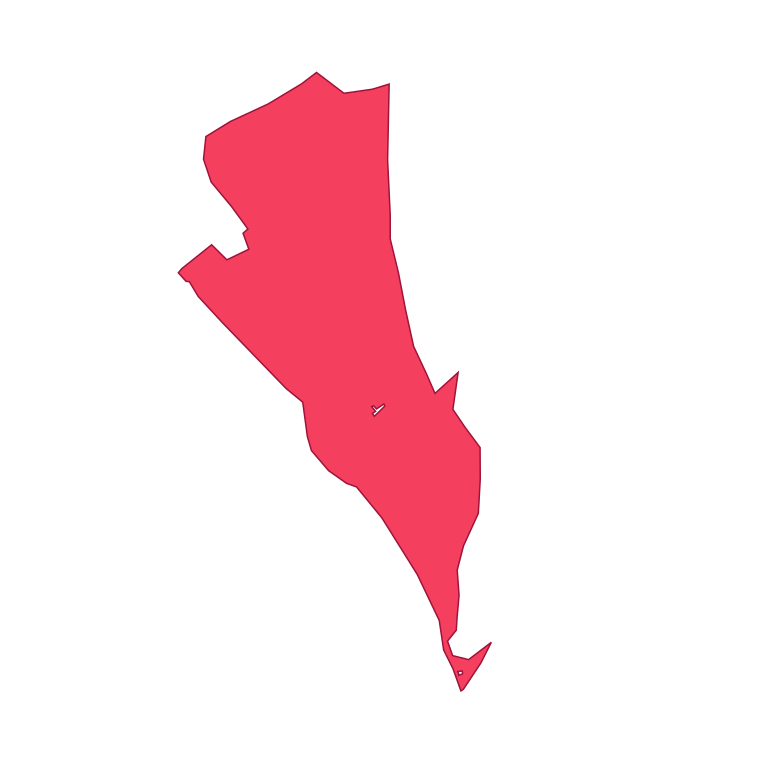 the district of Khavas, Sirdaryo, Uzbekistan, rotated 64°
{"feature_id": "79887680B15135305398470", "entity_name": "Khavas", "entity_type": "district", "adm_level": 2, "iso_a3": "UZB", "parent_name": "Uzbekistan", "parent_adm1": "Sirdaryo", "projection": "equal_earth", "projection_center": [68.817, 40.265], "detail": "fine", "context": "isolated", "style": "filled", "palette": "rose", "viewbox_px": 768, "rotation_deg": 64, "n_neighbors": 0, "source": "geoboundaries", "source_scale": "gbopen_adm2", "svg_char_len": 1127}
<svg xmlns="http://www.w3.org/2000/svg" viewBox="0 0 768 768"><g transform="rotate(64 384 384)"><path d="M193.9,520.1L205.0,516.9L206.7,514.1L224.0,512.6L239.5,507.9L259.4,501.9L345.3,473.9L364.7,465.0L397.6,475.9L412.0,478.4L437.6,471.8L456.9,461.2L464.5,453.8L503.4,444.6L551.6,439.5L570.0,437.6L595.2,437.8L620.8,438.0L649.2,447.0L670.1,446.8L693.4,449.4L693.6,449.4L693.2,446.5L677.2,419.2L663.2,400.8L668.8,428.8L658.2,441.4L642.9,439.6L637.0,427.0L625.3,420.3L606.9,409.2L583.4,399.8L564.3,383.5L541.6,355.9L511.5,339.1L483.2,325.5L458.1,330.2L437.0,333.2L406.1,312.3L414.8,342.3L393.9,341.4L363.2,340.9L327.2,332.2L290.1,322.2L256.3,314.8L235.2,304.5L183.9,282.4L116.7,247.9L113.9,265.4L105.1,292.6L74.4,308.1L78.1,326.7L81.5,365.4L80.7,407.0L83.5,435.6L102.9,447.7L126.7,450.8L157.9,443.2L185.0,438.4L186.7,444.6L203.6,446.4L203.5,470.8L183.3,477.9L191.6,515.0L193.9,520.1ZM404.2,393.0L408.8,406.8L405.4,407.3L404.9,403.5L398.9,405.0L399.1,402.8L403.2,401.6L401.9,392.9L404.2,393.0ZM678.9,440.4L678.6,444.7L677.1,443.9L674.8,443.8L676.2,439.5L678.9,440.4Z" fill="#f43f5e" stroke="#9f1239" stroke-width="1.5"/></g></svg>